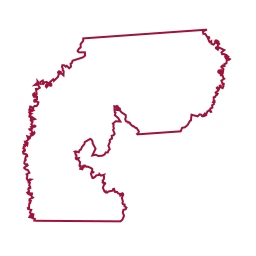 the district of Candeias do Jamari, Rondônia, Brazil, rotated 356°
{"feature_id": "56859067B4922236816200", "entity_name": "Candeias do Jamari", "entity_type": "district", "adm_level": 2, "iso_a3": "BRA", "parent_name": "Brazil", "parent_adm1": "Rondônia", "projection": "orthographic", "projection_center": [-63.36, -8.964], "detail": "fine", "context": "isolated", "style": "outline", "palette": "rose", "viewbox_px": 256, "rotation_deg": 356, "n_neighbors": 0, "source": "geoboundaries", "source_scale": "gbopen_adm2", "svg_char_len": 5716}
<svg xmlns="http://www.w3.org/2000/svg" viewBox="0 0 256 256"><g transform="rotate(356 128 128)"><path d="M41.0,76.3L38.0,78.6L41.1,78.4L42.8,81.7L40.1,83.1L39.6,82.5L38.9,82.6L39.3,87.8L38.7,88.7L37.7,89.6L37.0,86.8L35.8,87.6L35.6,88.5L36.4,90.4L39.4,90.6L39.1,93.3L38.1,93.8L37.7,93.2L36.8,93.2L36.2,94.5L36.5,95.2L38.4,95.2L40.4,96.1L39.7,98.2L38.2,99.8L36.5,99.5L34.8,100.8L34.8,102.2L32.7,99.9L31.9,99.8L31.5,102.1L30.8,102.8L30.8,103.7L31.8,104.1L32.8,103.0L34.6,103.9L30.6,105.6L31.1,106.7L32.4,107.1L30.9,107.9L30.4,109.7L32.4,111.0L32.5,110.0L35.8,112.6L32.7,113.4L31.7,112.7L31.5,113.7L33.2,115.4L31.8,117.5L32.6,119.0L34.9,119.0L35.7,119.7L35.2,120.3L31.5,120.3L32.3,121.9L29.6,122.4L30.1,123.1L31.1,122.5L32.3,125.8L33.2,126.5L34.2,125.7L34.4,126.5L33.4,127.7L32.1,126.5L30.7,126.8L31.7,128.7L30.2,129.1L29.2,131.6L28.4,131.7L28.0,129.7L27.0,129.3L27.8,132.4L25.5,134.4L24.2,134.4L24.5,135.5L25.3,136.0L26.2,135.4L26.8,135.9L26.2,138.3L24.5,137.1L23.3,137.5L23.9,139.2L22.7,139.4L22.2,141.1L23.6,142.1L23.6,143.4L23.0,143.9L22.6,143.3L21.6,144.2L21.9,146.3L24.4,147.0L25.4,147.8L25.5,149.2L24.2,149.2L23.2,151.8L23.8,152.7L22.6,153.8L22.1,156.1L23.2,157.2L24.8,157.1L25.3,158.3L21.7,160.2L21.7,160.8L23.2,162.2L25.2,163.0L26.5,165.8L23.6,167.1L24.3,168.5L23.5,171.2L24.4,173.3L26.5,172.4L27.8,172.7L25.8,173.8L25.1,175.4L26.3,175.7L25.4,178.4L26.3,179.6L26.3,181.1L24.7,181.0L24.2,182.4L24.9,183.4L24.6,184.5L23.0,185.4L23.8,186.6L24.8,186.1L24.8,187.3L25.9,188.0L26.6,186.4L27.7,186.6L27.5,187.4L26.7,187.6L27.3,189.8L28.3,190.8L24.8,192.2L24.6,193.7L25.9,194.0L25.0,196.2L24.3,196.3L23.7,200.4L23.4,201.2L22.6,201.0L22.7,201.8L25.8,203.0L24.3,205.4L25.1,206.9L24.8,208.0L26.3,207.0L27.0,207.3L26.8,208.7L25.1,209.4L24.0,209.1L23.4,210.0L25.5,210.5L27.2,209.1L26.6,211.4L28.7,212.1L28.1,213.8L30.5,214.2L114.0,220.6L116.0,219.0L117.9,215.4L116.9,211.9L117.7,209.3L120.0,208.9L120.9,207.3L119.0,205.7L119.3,204.1L117.6,203.6L117.2,202.3L117.8,201.1L117.0,197.1L118.6,194.2L118.4,193.2L117.9,192.7L116.8,193.1L116.7,194.1L115.6,194.8L115.3,193.2L113.5,192.5L112.7,191.0L110.6,190.9L109.8,187.7L108.9,187.9L108.5,189.4L104.0,190.0L102.7,191.0L101.5,190.8L101.4,189.7L100.6,190.1L100.1,189.7L98.8,186.0L99.9,183.3L101.4,181.9L101.1,181.2L99.6,181.2L98.9,180.5L99.5,179.7L99.0,178.9L100.4,177.2L100.7,174.8L100.2,173.8L100.8,173.0L97.6,173.6L96.2,171.9L95.9,172.8L92.9,173.1L91.8,174.5L90.9,174.6L90.2,175.5L89.1,175.4L87.8,171.2L88.5,169.6L89.8,170.1L90.4,169.6L89.1,168.5L89.5,166.4L88.5,165.5L85.2,163.7L83.7,163.8L82.4,162.4L80.8,162.5L80.4,163.3L81.2,163.4L81.1,164.1L80.2,164.5L79.5,166.0L77.5,165.4L78.1,164.0L77.3,162.7L78.0,162.5L77.1,161.8L77.8,158.8L76.0,155.9L76.8,154.6L75.3,154.7L74.6,155.6L74.1,155.3L73.7,154.3L74.5,153.2L74.7,151.6L74.0,151.2L73.7,149.6L74.1,149.1L73.2,147.9L74.4,147.7L77.2,148.8L78.2,146.7L79.4,146.3L80.9,143.5L83.4,141.0L83.9,139.0L89.6,136.2L90.8,137.1L91.7,139.1L91.7,140.9L94.2,146.4L90.5,152.9L93.9,152.4L96.6,153.9L100.6,153.8L102.9,152.7L104.1,150.8L106.1,151.0L107.1,148.9L108.3,147.9L107.2,144.2L109.1,140.4L108.8,139.1L109.4,138.2L111.3,137.4L111.2,134.6L113.1,134.2L114.3,132.9L113.0,128.9L113.9,127.4L113.5,125.6L113.9,123.9L113.2,122.6L116.2,120.4L120.8,121.0L118.8,117.2L115.8,114.4L116.6,111.9L115.9,111.4L115.8,108.8L119.6,109.5L119.7,108.8L118.0,107.0L115.9,106.7L115.9,105.3L117.7,105.8L118.5,105.2L119.3,105.7L119.3,106.8L121.2,108.0L121.3,110.1L122.7,112.0L126.6,114.9L126.6,117.1L125.8,118.9L126.5,121.2L128.3,121.8L128.6,122.7L129.6,122.5L130.6,123.4L130.5,124.2L132.9,126.6L133.5,126.5L135.7,128.5L136.6,128.6L138.6,132.1L137.9,133.8L136.7,134.6L137.1,135.0L180.3,135.0L182.0,131.6L184.8,131.3L187.6,129.2L190.3,125.2L191.3,124.8L192.3,119.2L198.2,121.2L200.5,119.4L202.1,119.9L202.5,121.1L203.4,121.6L205.0,121.3L205.1,120.7L204.3,120.5L205.5,119.2L206.2,120.8L206.8,120.6L206.5,119.2L207.2,119.4L208.3,117.1L210.0,116.2L211.0,116.7L211.5,114.3L213.6,113.6L213.5,111.2L215.3,110.2L215.4,108.7L216.2,108.3L216.2,107.4L214.9,107.7L215.5,106.6L215.6,103.3L217.1,103.1L217.9,101.6L219.0,101.2L219.8,100.1L218.1,99.3L217.9,98.7L220.7,96.9L221.4,95.5L220.4,95.9L219.4,94.2L220.0,93.7L220.7,94.2L222.8,93.8L222.5,92.2L223.2,92.1L223.9,94.1L225.2,94.8L226.0,93.3L226.5,90.9L225.6,91.0L225.8,90.1L225.1,89.7L224.5,87.2L227.4,85.6L226.6,84.8L226.0,82.1L224.3,81.9L223.9,79.9L222.4,79.2L221.9,78.3L222.4,77.0L225.0,76.8L225.8,77.9L225.1,78.4L223.7,78.2L223.3,78.8L225.0,79.3L225.7,80.5L226.3,80.1L227.3,75.8L225.5,74.0L225.4,73.2L226.9,72.2L227.7,73.1L228.6,73.0L228.6,71.0L230.7,70.3L231.4,66.7L232.2,66.3L232.5,67.0L233.6,67.0L234.4,66.4L232.7,65.2L230.4,65.3L229.9,63.5L232.5,63.4L231.2,62.0L228.8,60.9L227.1,61.0L226.5,59.1L229.5,57.0L224.0,53.8L223.1,56.1L221.3,54.6L221.3,53.9L223.1,53.1L223.6,51.3L224.9,50.5L224.6,49.8L222.5,49.7L221.7,48.5L223.3,49.0L224.1,48.0L222.5,46.8L221.5,46.8L220.7,49.2L219.2,50.8L217.1,49.8L217.1,47.2L215.6,48.1L215.2,47.6L214.1,44.4L215.3,43.9L215.2,43.1L213.4,42.7L211.6,39.5L209.7,39.3L209.5,36.8L213.6,35.4L89.6,35.5L89.3,38.1L86.6,40.9L86.4,44.4L84.6,45.4L83.1,47.6L84.0,48.9L85.2,49.2L90.3,49.5L90.2,52.8L87.9,54.4L77.4,57.0L76.5,59.2L75.2,59.9L75.4,62.8L73.5,64.3L71.2,61.7L70.2,62.5L68.7,61.0L66.9,60.8L66.4,62.4L67.1,64.1L66.9,65.6L67.8,66.9L67.3,70.9L65.3,68.9L63.6,69.0L64.8,67.5L63.2,66.6L62.1,67.5L62.7,69.6L61.7,72.1L57.6,75.6L57.6,74.6L56.9,74.1L52.9,77.1L54.5,78.6L54.5,80.3L53.9,80.5L51.4,79.6L49.6,81.7L48.9,80.8L49.3,79.3L50.1,78.7L51.9,78.4L50.1,76.4L47.9,76.6L46.7,78.2L45.9,78.0L46.6,76.9L46.3,74.7L43.7,76.0L43.7,77.8L41.2,77.0L41.0,76.3ZM211.0,116.7L211.5,117.7L212.1,117.6L211.9,117.0L211.0,116.7ZM41.0,76.3L41.4,75.6L41.0,75.0L41.0,76.3Z" fill="none" stroke="#9f1239" stroke-width="2"/></g></svg>